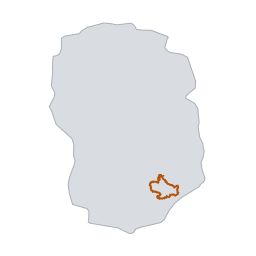 Kochani, Kočani, North Macedonia shown in context, rotated 96°
{"feature_id": "65306769B7034673009325", "entity_name": "Kochani", "entity_type": "district", "adm_level": 2, "iso_a3": "MKD", "parent_name": "North Macedonia", "parent_adm1": "Kočani", "projection": "orthographic", "projection_center": [22.415, 41.994], "detail": "fine", "context": "in_parent", "style": "outline", "palette": "amber", "viewbox_px": 256, "rotation_deg": 96, "n_neighbors": 0, "source": "geoboundaries", "source_scale": "gbopen_adm2", "svg_char_len": 2385}
<svg xmlns="http://www.w3.org/2000/svg" viewBox="0 0 256 256"><g transform="rotate(96 128 128)"><path d="M115.4,57.8L119.9,58.4L129.7,55.7L135.8,51.9L138.9,51.3L143.1,49.8L149.0,50.1L155.0,51.8L162.7,49.6L170.2,46.0L173.2,46.9L176.5,50.0L178.7,50.8L191.2,67.1L198.0,73.7L206.1,78.7L215.4,82.3L218.7,85.8L224.7,103.1L227.6,109.7L231.5,111.6L232.5,113.5L232.6,116.0L228.3,128.2L226.7,155.5L225.6,157.7L220.9,157.6L214.7,158.2L212.4,160.3L209.9,175.0L199.9,179.2L190.9,181.6L183.2,181.1L169.8,177.6L165.4,177.2L161.7,179.2L149.7,180.2L144.4,182.7L131.9,199.8L119.3,205.6L115.0,208.6L105.4,204.7L100.8,204.3L94.1,208.6L79.5,208.8L75.6,209.5L64.4,210.0L63.9,207.6L61.9,204.1L56.7,202.4L46.0,203.6L43.4,201.0L39.3,186.4L35.9,184.0L32.2,179.0L26.1,163.0L26.0,156.1L26.6,150.0L23.4,135.7L25.6,132.2L29.0,130.0L29.2,124.3L28.4,115.6L32.7,98.6L33.8,97.4L34.8,98.2L44.2,99.8L46.7,97.7L48.4,94.3L49.1,81.9L51.5,76.2L74.5,65.6L81.2,65.3L86.3,70.4L90.4,73.7L92.8,73.6L93.7,70.4L96.6,64.2L101.3,60.6L115.2,57.8L115.4,57.8Z" fill="#d9dde1" stroke="#a8b0b8" stroke-width="1"/><path d="M195.4,89.7L195.0,89.7L195.1,89.4L194.8,89.2L194.6,88.7L194.8,88.4L194.5,87.6L194.6,86.5L194.4,86.3L194.0,85.1L194.2,84.7L193.7,84.2L193.2,84.1L193.2,82.9L192.7,83.0L191.9,82.4L192.3,82.2L192.4,79.9L191.8,79.4L190.5,79.2L190.7,78.9L189.9,78.1L189.6,77.5L189.4,76.0L189.6,75.2L190.2,74.6L190.2,73.8L188.4,71.6L187.4,71.4L187.4,71.7L186.2,72.2L185.3,72.1L184.3,72.7L183.7,72.7L182.8,72.2L181.8,72.0L180.2,72.6L180.3,73.3L182.2,75.7L181.8,75.9L181.7,76.2L181.5,76.3L180.7,77.0L180.6,78.0L180.1,78.3L180.0,78.8L180.2,79.9L180.0,80.6L179.6,81.0L179.4,82.5L178.6,83.6L176.9,84.5L176.8,85.0L177.1,85.2L176.0,85.7L175.5,86.9L174.5,88.1L173.3,88.8L172.3,88.4L172.5,89.2L172.4,89.6L171.9,89.9L172.0,90.2L171.3,90.4L171.4,91.8L172.2,92.2L173.0,92.1L173.6,92.4L173.4,91.8L174.2,91.1L175.4,92.4L176.0,92.5L175.9,91.8L176.2,91.3L176.8,92.0L176.8,92.3L179.1,92.2L179.2,92.9L178.6,94.3L178.7,97.6L179.2,97.6L179.2,99.1L179.9,99.4L180.1,99.8L180.6,99.7L181.3,100.3L182.1,100.2L182.8,99.7L183.0,100.0L183.6,99.4L184.6,98.9L185.4,99.1L187.5,98.3L187.4,97.9L187.8,97.2L188.6,96.7L188.3,96.4L188.7,95.7L188.2,94.8L188.8,93.6L188.6,92.8L189.0,92.5L189.2,89.9L190.3,89.3L190.3,89.0L190.7,88.7L191.2,88.9L192.2,89.7L192.4,91.4L193.1,91.8L193.7,91.7L194.5,91.1L194.4,90.0L195.4,89.7Z" fill="none" stroke="#b45309" stroke-width="2"/></g></svg>